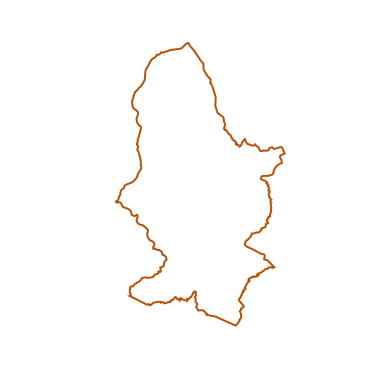 Emiliano Zapata, Tlaxcala, Mexico, rotated 245°
{"feature_id": "50627088B67872726344877", "entity_name": "Emiliano Zapata", "entity_type": "district", "adm_level": 2, "iso_a3": "MEX", "parent_name": "Mexico", "parent_adm1": "Tlaxcala", "projection": "mercator", "projection_center": [-97.939, 19.566], "detail": "fine", "context": "isolated", "style": "outline", "palette": "amber", "viewbox_px": 384, "rotation_deg": 245, "n_neighbors": 0, "source": "geoboundaries", "source_scale": "gbopen_adm2", "svg_char_len": 6034}
<svg xmlns="http://www.w3.org/2000/svg" viewBox="0 0 384 384"><g transform="rotate(245 192 192)"><path d="M124.0,91.7L108.8,103.7L108.8,105.4L107.4,105.6L107.1,107.3L107.9,109.7L107.6,112.0L107.0,113.7L106.8,114.8L105.9,117.0L105.5,117.2L104.9,117.1L104.9,118.1L104.6,119.1L102.9,119.5L103.0,120.0L102.3,121.8L102.1,124.4L101.6,124.9L101.5,126.2L102.6,126.5L102.4,129.4L102.8,130.3L103.6,131.2L103.8,132.8L101.9,133.3L101.0,133.4L100.7,133.5L100.4,134.5L100.6,135.9L100.4,136.6L100.0,135.8L98.9,135.4L99.3,136.4L99.2,137.3L98.3,138.5L97.3,139.4L96.2,140.7L95.5,141.2L95.5,141.5L97.1,142.3L96.1,143.4L97.1,144.9L97.3,146.9L97.8,147.5L98.6,148.8L100.6,151.2L100.9,151.8L100.8,152.4L99.5,153.3L99.0,153.0L98.6,152.4L96.8,152.1L95.4,150.1L93.4,150.1L91.2,148.8L89.3,149.4L88.2,149.3L87.4,149.0L86.4,147.5L86.2,147.3L85.1,147.2L81.9,147.7L80.5,151.4L79.2,152.7L76.4,153.3L75.5,154.0L74.5,153.2L69.3,160.5L52.4,175.2L52.9,176.1L53.1,176.9L54.0,178.8L55.0,180.0L55.4,180.9L56.0,180.9L56.7,182.5L57.3,183.4L58.2,184.0L62.5,185.1L63.6,184.9L64.0,185.2L64.3,186.5L65.5,187.1L65.7,187.6L65.5,188.1L66.1,189.1L65.9,190.0L66.7,190.7L67.5,190.6L69.8,189.8L71.4,189.6L73.3,188.8L74.5,188.9L75.3,190.1L75.8,190.4L75.7,191.1L75.9,191.5L77.2,192.6L78.1,194.1L79.0,194.5L79.7,195.8L79.8,196.6L80.2,196.9L80.8,196.5L81.3,196.8L81.1,197.9L81.6,199.7L81.9,199.8L82.7,199.3L83.9,200.7L86.1,203.5L87.1,206.7L88.2,206.8L88.4,206.6L88.5,206.0L88.9,206.3L89.4,207.2L89.5,208.8L89.4,210.9L88.7,212.7L89.1,212.5L88.2,215.1L88.9,215.5L88.2,216.8L88.5,217.3L89.5,217.3L89.8,217.0L90.1,218.0L89.8,220.5L89.9,221.5L90.4,222.7L90.4,224.3L91.2,225.9L91.0,226.8L90.4,228.1L91.3,229.9L90.1,232.5L89.5,232.6L89.2,232.8L89.0,234.8L98.0,231.6L98.8,231.1L99.8,229.5L100.5,229.0L101.0,229.1L101.8,229.9L103.5,231.0L104.6,231.1L105.0,230.9L107.7,227.8L113.9,223.2L119.2,218.7L120.9,217.8L122.1,217.7L124.5,219.7L124.9,220.6L125.2,222.4L126.4,225.7L127.3,227.0L128.8,228.5L129.1,229.0L128.7,229.4L128.2,230.5L128.2,233.2L127.0,235.3L127.7,237.4L128.4,238.2L128.4,239.0L129.3,239.3L129.6,239.6L129.7,240.0L129.2,242.4L129.2,243.6L129.6,244.1L131.0,244.9L131.7,245.5L131.5,247.5L131.7,248.0L132.5,248.0L133.7,247.5L134.7,247.7L135.4,248.7L135.6,249.9L136.8,250.3L137.1,250.6L137.2,251.0L136.8,252.0L137.0,252.5L139.0,253.3L140.1,255.2L140.5,255.5L141.8,255.5L144.1,257.2L147.1,257.9L147.5,258.2L148.0,259.0L148.3,259.2L149.5,258.8L150.4,258.9L150.8,259.3L151.6,260.7L154.2,259.6L155.0,260.4L155.8,260.1L156.3,260.1L158.2,260.9L158.7,262.1L159.2,262.6L160.0,262.6L160.8,261.9L161.2,261.9L162.0,262.5L162.8,263.5L163.7,263.6L165.1,263.0L165.8,264.1L166.5,264.3L167.3,264.0L168.0,263.1L168.3,263.0L168.7,263.1L169.2,264.1L169.8,264.0L172.0,262.3L173.1,260.8L174.7,260.0L175.4,260.1L176.6,261.8L176.7,262.5L176.2,264.0L174.4,268.0L173.9,271.6L174.0,272.6L174.6,273.7L175.1,274.0L175.7,274.1L176.7,275.4L177.7,276.2L179.2,278.4L180.4,281.8L180.2,282.7L180.4,285.7L183.5,286.6L185.3,286.3L187.0,286.6L187.3,286.9L187.6,287.6L187.8,292.3L194.6,292.3L195.3,291.0L196.2,285.0L196.4,284.5L197.0,284.1L198.5,283.7L198.9,283.0L199.0,280.6L198.8,280.1L197.7,279.2L197.6,278.1L197.7,277.6L199.4,274.2L199.8,271.9L200.2,271.3L201.0,271.0L203.8,271.2L204.8,271.0L206.5,269.9L208.6,269.1L208.2,267.9L208.1,267.3L208.4,266.7L208.9,265.9L210.8,264.1L211.9,262.7L214.8,261.9L216.6,262.3L217.2,262.2L218.1,262.8L215.7,258.3L214.4,257.4L213.0,254.8L213.0,254.3L214.7,254.0L215.6,252.8L216.7,253.0L216.8,252.0L217.2,252.0L218.9,252.9L219.5,252.7L220.4,252.0L221.4,251.4L222.8,250.9L223.7,251.2L224.4,250.7L227.5,250.9L228.4,250.1L234.2,248.9L234.4,248.0L236.1,247.9L237.2,248.9L237.8,249.8L238.2,249.8L239.5,250.7L242.7,250.8L245.1,251.8L246.7,251.9L252.9,248.6L260.4,249.6L267.7,253.5L276.0,254.8L282.0,255.2L282.9,254.5L286.1,256.5L290.4,255.1L297.8,254.2L303.7,256.6L307.1,255.5L318.9,253.7L325.7,251.8L328.5,251.7L328.9,249.9L328.8,249.4L327.2,244.6L326.8,244.0L326.8,242.6L327.1,240.9L329.5,233.5L330.0,231.0L329.9,229.3L330.5,226.3L330.4,225.1L331.6,223.0L330.8,221.8L330.5,219.3L331.2,218.1L329.9,216.3L329.5,215.0L329.5,212.5L328.8,210.9L327.2,208.4L325.4,206.3L322.9,202.5L321.7,201.2L313.4,196.4L310.7,192.6L309.7,190.9L309.1,188.7L307.3,185.0L306.8,182.9L303.9,179.7L302.0,178.5L300.8,177.0L299.0,175.8L297.2,175.0L294.1,174.3L292.7,174.4L291.2,175.0L289.6,176.0L287.9,176.8L285.9,176.4L284.8,175.6L282.3,173.0L280.0,172.0L278.8,171.8L276.8,171.7L275.9,171.9L274.9,172.2L273.5,173.1L272.6,173.2L269.5,171.5L268.1,170.1L264.8,167.4L262.3,164.7L260.0,163.9L259.7,163.1L259.0,162.3L258.1,162.1L257.6,162.4L256.7,162.5L254.8,161.6L254.0,160.7L253.2,160.2L250.8,160.5L243.2,159.1L240.8,158.3L238.0,156.9L235.9,156.6L234.8,156.0L233.4,153.7L230.7,150.0L229.9,149.6L228.7,148.5L226.6,144.1L226.1,141.2L226.5,135.3L226.4,134.4L226.1,133.4L224.9,132.6L224.2,131.4L223.8,129.1L223.6,128.7L222.6,128.0L221.9,126.9L219.5,125.5L218.3,123.3L217.6,123.1L216.3,122.1L215.6,120.4L215.5,119.0L215.3,118.8L214.3,119.3L214.0,119.7L213.8,120.1L213.7,121.5L212.9,122.5L212.2,122.9L210.4,123.0L208.8,122.9L207.8,123.2L206.3,124.4L204.0,126.7L202.3,127.9L200.3,128.5L197.1,127.8L196.2,128.1L195.2,129.0L194.6,129.8L194.3,130.9L194.5,132.2L194.2,132.8L192.6,132.5L190.0,129.9L188.9,129.6L187.1,129.7L185.5,130.2L184.1,131.5L183.0,133.0L179.2,135.2L177.9,135.3L176.4,136.0L175.5,135.8L172.6,133.5L171.5,133.1L168.7,132.9L166.0,133.5L163.7,135.5L162.2,136.0L160.3,135.8L158.8,134.2L158.2,133.3L157.6,133.0L156.9,132.9L156.6,133.0L156.3,134.7L154.2,136.0L153.1,138.0L150.3,139.4L148.0,138.8L147.1,139.1L146.4,140.0L144.5,140.9L141.6,140.5L140.2,137.2L137.0,135.2L136.6,132.4L137.1,131.5L133.2,130.1L133.0,129.6L133.1,128.9L133.8,128.8L134.0,128.3L133.9,127.7L132.6,127.1L132.2,125.7L132.9,124.1L132.8,123.1L132.0,122.4L132.0,121.5L131.5,120.7L131.5,120.3L132.2,117.1L134.6,113.0L135.1,110.7L134.7,109.7L134.0,108.7L133.4,107.2L132.9,104.1L133.0,102.7L132.1,99.8L131.4,98.5L132.3,96.6L132.2,96.3L131.8,95.8L127.6,93.2L127.0,93.2L125.0,93.4L123.9,92.2L124.0,91.7Z" fill="none" stroke="#b45309" stroke-width="2"/></g></svg>